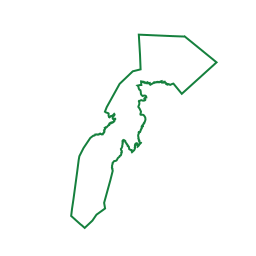 Asunción Tlacolulita, Oaxaca, Mexico (Equal Earth projection), rotated 32°
{"feature_id": "50627088B55334990083111", "entity_name": "Asunción Tlacolulita", "entity_type": "district", "adm_level": 2, "iso_a3": "MEX", "parent_name": "Mexico", "parent_adm1": "Oaxaca", "projection": "equal_earth", "projection_center": [-95.763, 16.21], "detail": "fine", "context": "isolated", "style": "outline", "palette": "green", "viewbox_px": 256, "rotation_deg": 32, "n_neighbors": 0, "source": "geoboundaries", "source_scale": "gbopen_adm2", "svg_char_len": 5805}
<svg xmlns="http://www.w3.org/2000/svg" viewBox="0 0 256 256"><g transform="rotate(32 128 128)"><path d="M127.4,20.3L127.3,20.6L116.7,26.7L87.7,43.1L99.5,59.7L107.6,71.6L102.0,77.4L97.5,95.0L98.9,121.6L99.8,126.4L100.0,126.4L100.5,126.4L100.8,126.5L103.6,125.9L104.0,126.1L104.8,127.6L106.1,128.8L106.6,128.8L106.8,128.2L107.1,127.6L107.1,127.0L108.1,126.0L108.6,124.7L108.8,123.4L109.1,123.5L109.4,123.6L109.6,124.0L109.6,124.5L109.5,125.4L109.4,126.3L109.4,127.0L109.6,127.6L110.1,128.1L110.7,128.3L111.7,127.6L111.9,127.0L112.2,126.9L112.5,127.2L112.5,127.7L112.1,128.0L111.9,128.6L112.7,129.3L112.5,129.8L112.6,130.6L112.4,131.0L111.9,131.2L111.9,131.6L111.5,131.6L111.5,132.1L111.3,132.5L111.2,132.5L110.6,132.6L110.4,132.7L110.2,133.1L110.2,133.4L110.4,133.6L110.2,133.7L109.9,134.1L110.0,134.3L110.2,134.6L110.0,134.8L110.0,135.3L110.0,135.5L110.3,135.7L110.0,136.0L109.9,136.2L109.8,137.1L109.6,137.9L109.6,138.2L109.4,138.8L108.9,139.2L108.6,139.3L108.6,139.8L108.4,140.1L108.7,140.2L109.0,140.2L109.0,140.4L108.9,140.4L108.7,140.7L109.0,141.5L108.9,142.3L109.2,142.3L109.2,142.6L109.4,143.0L109.5,143.4L109.7,143.5L109.8,143.4L109.9,143.5L110.1,144.3L110.0,144.5L109.9,144.7L109.9,144.8L109.9,145.1L110.0,145.3L110.0,145.6L109.7,145.9L109.9,146.5L109.9,146.8L109.4,147.0L109.2,147.3L108.8,147.2L108.5,147.4L108.1,147.6L107.8,147.5L107.7,147.6L107.4,147.5L106.9,148.0L106.7,149.0L106.4,149.0L106.1,149.4L105.8,149.6L105.4,150.0L105.0,149.9L103.7,150.9L103.8,151.1L103.7,151.9L103.4,152.3L103.0,152.5L102.9,152.8L102.6,153.0L102.4,153.5L101.3,156.4L100.9,168.5L101.7,177.7L103.1,181.2L108.3,192.5L119.4,217.1L123.4,226.3L126.4,232.7L138.9,234.9L140.3,235.0L144.2,235.7L146.9,225.4L147.1,220.2L147.2,218.2L151.2,208.4L147.4,204.1L140.7,181.6L137.8,172.6L137.4,172.0L137.2,171.9L137.1,171.7L136.9,171.7L136.3,171.1L136.2,170.6L135.8,170.6L135.6,170.4L135.3,170.1L135.1,169.6L135.1,169.3L134.5,168.5L134.3,168.1L134.1,167.0L133.5,166.0L133.7,165.7L133.6,165.2L133.6,164.5L133.7,164.1L133.8,163.4L134.5,162.8L134.8,162.6L135.0,162.2L135.4,161.8L135.5,161.1L135.4,159.9L135.3,159.2L135.4,158.6L136.0,156.8L135.8,156.0L136.4,155.0L136.2,153.9L135.9,153.4L135.7,152.2L135.3,152.2L135.2,151.3L135.0,150.8L134.7,150.7L133.8,150.3L133.1,149.6L133.2,148.9L133.2,148.7L133.2,148.3L133.0,147.2L132.9,146.6L132.5,146.2L132.3,145.5L132.0,144.6L131.6,144.2L131.6,143.6L131.5,143.4L131.2,143.3L131.0,142.6L130.7,142.6L130.2,142.0L130.2,141.1L130.4,140.9L131.0,140.9L131.0,140.4L131.4,140.4L132.1,140.4L132.8,140.6L133.2,141.3L133.6,141.5L135.3,142.0L135.7,142.6L136.3,142.5L136.6,142.7L137.3,142.9L137.5,143.5L138.5,143.4L138.9,143.7L139.2,144.2L139.8,144.7L140.1,145.2L140.5,145.3L141.2,145.2L141.6,145.3L142.4,145.1L142.7,144.8L143.0,145.2L143.7,145.8L143.8,146.2L144.2,146.4L145.0,143.5L144.8,142.0L144.7,141.6L144.3,141.2L144.3,140.6L144.0,140.6L144.0,140.3L143.6,139.9L143.5,138.8L143.1,138.8L143.1,138.5L142.7,138.1L142.8,137.2L143.0,137.0L143.1,136.6L143.4,136.3L143.7,136.2L143.9,136.3L144.2,136.6L145.0,137.4L145.8,138.1L146.1,138.5L146.3,138.0L146.3,137.5L146.4,137.0L146.4,136.6L146.1,136.1L146.0,135.8L146.1,135.4L146.5,135.3L146.6,134.9L146.5,134.4L146.8,134.1L146.8,133.8L146.8,133.7L146.7,133.7L146.6,133.8L146.5,134.1L146.4,134.3L146.0,134.4L145.5,134.1L145.2,133.8L145.0,133.6L144.8,133.6L144.6,133.5L144.6,133.2L144.3,132.6L144.0,132.6L143.8,132.7L143.4,132.4L143.4,132.1L143.2,131.8L142.8,131.5L142.5,131.5L142.3,131.4L142.1,130.7L141.8,130.5L141.5,130.0L141.0,129.6L140.6,129.0L140.3,128.4L140.3,128.0L140.2,127.8L140.1,127.3L139.9,126.8L140.0,126.4L139.9,126.1L139.3,125.9L139.3,125.7L139.5,125.6L139.6,125.3L139.7,125.2L140.0,125.3L140.2,125.1L140.4,125.0L140.4,124.9L140.3,124.5L140.1,124.0L140.1,123.5L139.9,123.0L139.8,122.8L139.9,122.5L139.7,122.2L139.7,121.7L139.9,121.2L139.8,120.8L139.5,120.6L139.5,120.3L139.2,120.1L139.0,119.9L138.9,119.7L139.0,119.4L139.7,118.9L139.8,118.6L139.7,118.5L139.3,118.6L138.8,118.6L138.8,118.4L138.8,118.1L139.0,117.8L139.1,117.6L139.0,117.3L139.0,117.0L139.0,116.5L138.9,116.2L138.8,115.2L138.9,114.9L139.0,114.9L139.2,115.0L139.2,114.8L138.9,114.5L138.9,114.2L138.9,113.8L138.8,113.1L138.5,112.1L138.4,111.7L137.9,111.0L137.6,110.6L137.2,110.1L136.8,109.8L135.6,109.2L134.9,108.9L134.0,108.8L133.5,109.0L133.0,109.2L132.2,109.8L131.8,110.0L131.5,110.0L131.1,109.6L130.7,108.1L130.3,107.2L127.8,105.6L127.1,105.2L125.7,104.7L125.4,104.3L125.1,102.3L124.8,101.5L124.4,100.8L123.7,100.1L123.3,99.7L123.0,99.5L123.0,99.2L123.4,99.0L123.6,98.7L124.4,97.4L125.4,97.1L125.9,97.0L126.4,96.8L127.0,96.3L127.5,95.8L127.8,95.2L127.6,94.7L127.3,94.6L126.7,94.7L126.3,94.5L126.2,94.3L126.3,94.0L126.4,93.6L126.8,93.0L127.4,92.4L127.0,91.9L126.2,91.4L125.2,91.5L124.3,92.1L123.5,93.1L122.3,93.0L121.1,92.4L120.3,91.5L119.6,90.5L118.5,89.4L117.4,89.5L116.2,88.8L114.7,87.2L113.6,87.0L115.3,85.3L116.5,84.5L114.5,81.7L114.9,81.6L115.0,81.2L115.4,81.1L115.6,81.5L116.1,81.2L116.1,80.9L116.4,80.7L116.6,81.0L116.8,80.9L117.1,81.0L117.4,80.5L117.8,80.3L118.2,80.4L118.2,80.7L118.6,80.8L118.7,80.4L119.0,80.3L119.2,80.0L119.5,79.8L119.8,79.9L119.8,79.6L120.3,79.4L120.4,78.9L120.8,79.0L121.0,79.4L121.3,79.5L121.4,79.2L121.5,79.1L121.8,78.7L122.1,78.7L122.4,78.6L122.6,78.4L123.0,79.1L123.5,79.4L124.0,79.5L125.5,76.8L125.8,76.0L125.9,75.5L126.5,75.5L126.5,75.0L127.0,74.7L127.5,74.6L127.8,73.9L128.4,73.8L128.6,73.2L128.8,73.1L128.9,73.4L129.3,73.1L129.8,73.0L130.3,72.7L130.5,72.0L130.9,71.9L131.2,70.9L131.7,70.4L132.0,70.9L132.1,71.5L132.5,71.6L132.9,71.4L132.8,71.0L133.8,70.8L134.4,70.5L134.1,69.6L134.6,69.3L134.9,69.7L135.1,69.8L135.7,69.7L136.2,69.7L137.0,70.1L137.2,70.5L138.0,70.3L138.4,70.4L139.0,69.8L138.6,69.5L139.1,69.3L140.2,69.1L140.9,69.1L142.3,67.0L143.0,66.3L155.5,70.5L168.3,25.4L127.4,20.3Z" fill="none" stroke="#15803d" stroke-width="2"/></g></svg>